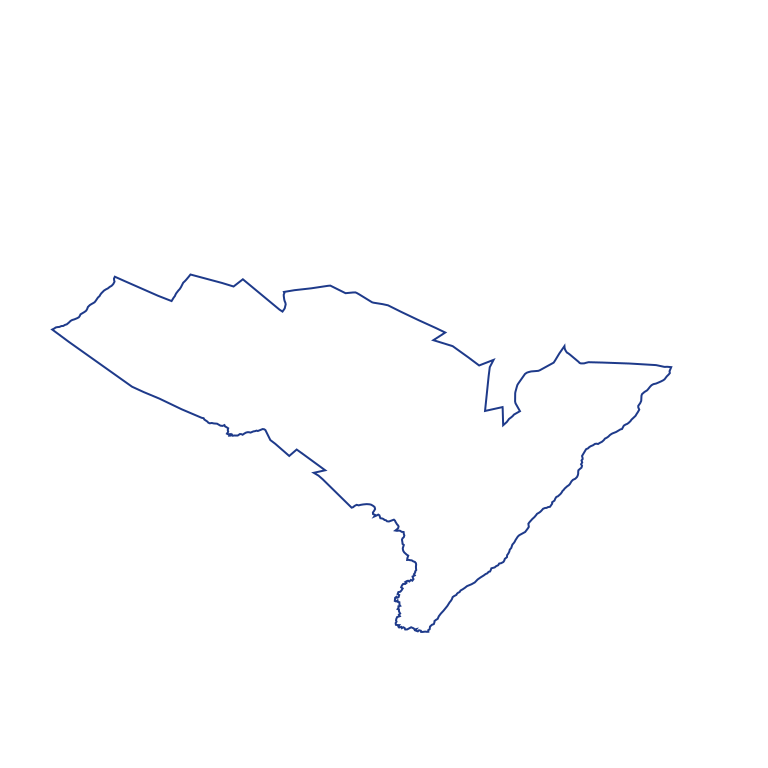 Kiminini, Rift Valley, Kenya, rotated 58°
{"feature_id": "3690345B935775811379", "entity_name": "Kiminini", "entity_type": "district", "adm_level": 2, "iso_a3": "KEN", "parent_name": "Kenya", "parent_adm1": "Rift Valley", "projection": "equal_earth", "projection_center": [35.015, 0.934], "detail": "fine", "context": "isolated", "style": "outline", "palette": "blue", "viewbox_px": 768, "rotation_deg": 58, "n_neighbors": 0, "source": "geoboundaries", "source_scale": "gbopen_adm2", "svg_char_len": 6165}
<svg xmlns="http://www.w3.org/2000/svg" viewBox="0 0 768 768"><g transform="rotate(58 384 384)"><path d="M521.9,131.5L519.6,134.5L518.1,137.1L512.2,143.2L496.7,165.0L481.5,187.5L473.9,199.0L473.1,201.4L472.6,203.2L471.9,204.5L470.7,206.3L469.7,207.0L468.5,207.2L457.7,210.7L455.6,211.5L454.3,212.2L452.4,212.3L450.8,212.2L449.2,211.8L447.5,210.9L451.0,219.1L454.7,226.4L455.8,228.8L454.9,244.7L454.6,246.2L451.3,252.6L450.5,255.1L450.1,256.9L450.2,259.1L454.8,270.0L455.5,271.4L456.8,272.9L460.2,276.6L461.3,277.6L468.3,282.1L470.1,282.7L479.1,283.1L478.8,290.0L479.4,291.9L479.7,294.0L479.9,296.5L481.3,300.0L482.1,304.8L467.6,296.3L466.4,295.7L460.4,312.6L432.8,291.1L425.8,285.4L421.6,278.3L419.1,291.4L418.7,293.5L405.8,298.5L388.3,305.7L373.0,318.9L372.8,304.8L364.1,310.3L348.1,320.9L331.8,331.3L319.4,338.9L315.5,342.9L309.5,349.8L308.4,350.8L294.7,357.6L292.3,358.9L291.2,359.7L290.1,361.5L286.6,368.5L272.1,377.4L271.0,379.6L264.3,395.0L257.0,410.2L252.9,420.1L254.1,420.3L255.0,421.6L256.1,422.3L259.4,423.8L261.0,424.3L262.9,424.6L264.4,425.2L267.3,428.2L268.8,431.7L265.6,433.2L220.4,448.2L221.6,459.9L212.4,467.9L188.6,490.1L189.6,492.9L190.8,496.6L191.3,498.5L191.7,500.6L194.3,504.9L195.3,507.1L195.7,508.7L197.0,512.2L197.8,513.6L198.6,514.7L199.3,516.6L201.1,520.2L189.4,528.9L159.6,549.2L150.4,555.4L151.5,557.1L152.8,557.8L154.4,558.3L155.8,560.7L156.4,563.0L156.3,565.1L156.6,567.5L156.4,569.6L156.4,571.9L157.3,575.7L157.9,577.2L158.7,578.6L159.1,580.8L160.7,584.4L161.3,586.1L161.3,587.9L161.2,589.5L161.2,591.7L161.8,594.3L163.1,596.0L164.0,597.7L164.2,599.8L164.1,604.5L165.0,605.8L165.7,607.4L165.6,609.3L165.1,612.3L164.5,614.5L164.4,616.3L164.9,618.6L165.3,621.4L164.8,623.3L164.8,625.2L163.9,626.9L163.6,629.0L162.6,631.0L162.1,632.5L162.2,634.2L162.0,636.5L181.1,629.0L252.8,599.1L263.6,592.0L277.4,582.2L298.2,569.0L316.1,556.5L317.4,555.1L318.9,555.2L322.3,553.7L323.7,553.5L325.0,552.6L325.8,550.7L327.2,549.3L329.2,546.6L332.6,544.8L334.0,543.1L334.3,541.1L335.6,541.3L337.3,540.4L339.0,539.6L340.2,540.9L341.9,541.4L342.9,543.5L344.1,542.8L344.8,541.4L345.8,542.6L346.6,541.2L346.1,539.8L347.7,539.7L348.4,538.1L349.2,537.0L350.2,535.3L350.1,532.7L351.0,531.5L352.1,530.8L352.0,528.6L352.1,526.7L352.6,525.2L353.4,524.0L354.5,522.9L355.0,519.8L355.6,518.5L356.0,516.8L357.0,515.9L357.9,510.8L358.9,509.6L360.2,509.0L371.3,510.1L377.1,507.9L394.8,502.5L393.3,492.8L400.8,489.7L426.0,479.6L422.1,490.6L427.0,488.1L432.2,486.5L471.7,477.0L472.1,475.4L471.8,473.6L472.0,471.2L473.5,469.8L474.1,467.9L475.1,465.5L476.7,462.3L478.4,460.0L479.5,458.9L480.8,458.2L482.0,457.6L483.5,457.2L485.3,457.8L486.3,459.6L487.1,461.5L488.4,462.2L490.5,460.8L491.2,462.4L491.6,459.8L491.7,458.1L492.9,457.5L495.9,458.2L497.2,456.7L498.4,455.9L499.5,455.7L500.5,454.6L502.0,454.2L503.2,452.7L504.3,447.5L505.7,447.1L507.1,447.3L508.9,447.3L510.1,447.3L511.3,447.0L512.5,447.1L513.7,448.3L514.1,450.0L514.3,452.0L515.4,450.8L516.3,448.9L517.2,448.0L518.7,447.4L519.9,445.8L521.8,446.7L523.2,447.0L524.4,448.4L524.7,450.1L525.6,451.3L528.3,452.4L529.4,453.0L531.0,452.5L533.2,455.1L534.2,455.6L535.7,456.1L537.5,456.1L540.7,455.2L542.4,454.4L544.1,456.5L545.5,457.6L546.2,456.3L547.2,455.3L548.3,453.9L549.7,453.3L551.3,452.1L552.9,451.9L554.3,452.5L555.8,453.7L557.4,454.6L558.9,455.3L559.4,456.8L560.4,457.5L561.2,459.4L562.6,459.3L562.4,461.8L563.7,462.2L565.1,462.4L565.8,464.2L564.4,465.0L564.9,467.2L563.6,467.8L563.2,469.3L563.2,470.8L564.6,470.4L564.8,471.9L563.7,473.7L564.3,475.4L565.5,477.2L567.3,476.5L568.2,478.3L568.8,480.2L568.1,482.1L569.4,483.8L571.0,482.9L572.5,484.6L572.2,486.2L571.1,486.2L571.2,487.8L573.7,489.8L574.8,489.0L574.7,487.2L576.1,487.7L577.2,486.6L579.5,487.9L580.7,487.8L580.2,489.6L581.3,490.1L582.1,491.7L583.1,490.8L584.6,491.7L585.8,491.9L587.2,491.9L587.6,493.7L589.3,493.6L588.6,496.4L589.8,498.1L590.9,499.1L592.2,499.3L592.9,500.8L594.5,501.5L595.6,500.3L596.6,498.8L597.4,500.4L598.5,500.2L599.2,498.0L600.5,498.2L600.5,496.6L601.8,495.8L603.4,496.1L604.4,494.4L604.7,489.9L607.0,488.3L608.4,488.2L609.0,486.4L609.6,488.0L611.7,486.4L611.4,484.8L612.8,483.5L613.9,483.9L614.8,482.5L615.8,480.3L616.7,479.2L617.6,477.7L616.2,476.9L616.2,475.3L614.1,473.5L613.6,471.0L614.0,469.0L612.8,467.5L611.8,466.8L611.6,465.1L611.6,462.9L610.0,460.6L608.8,457.4L607.8,453.7L605.8,447.9L603.9,444.0L603.4,442.4L602.5,440.5L601.1,438.7L601.0,436.9L601.2,434.4L600.5,433.2L600.3,431.7L600.5,430.2L599.7,428.5L599.8,426.0L599.7,423.4L599.4,420.7L600.2,415.9L600.3,413.8L600.4,412.2L599.4,408.2L599.2,404.8L599.2,400.7L599.0,398.6L599.3,396.7L598.7,394.9L599.2,393.4L598.3,392.0L597.2,390.6L598.2,387.3L597.9,385.4L598.2,383.2L597.3,381.5L598.0,379.7L598.2,377.1L597.5,375.6L596.3,374.2L596.0,371.5L594.4,370.3L593.6,368.3L592.5,366.5L591.1,365.1L590.5,363.0L588.2,360.2L587.6,358.1L587.0,356.7L586.0,355.1L584.3,351.4L583.9,349.4L584.3,342.7L582.6,338.3L581.9,336.9L579.0,335.6L578.3,333.9L577.1,329.8L576.6,327.0L575.8,324.5L575.2,323.0L575.3,320.8L575.2,319.1L574.8,317.4L574.1,315.2L574.5,313.1L575.2,311.8L575.3,310.2L576.1,308.3L574.6,304.8L573.4,304.1L573.2,301.2L571.9,299.4L571.1,297.6L571.4,296.1L570.8,292.6L570.1,290.7L569.3,289.3L569.0,287.7L568.4,286.2L568.1,284.4L567.8,282.7L567.8,281.2L567.4,279.5L565.9,276.6L565.4,274.6L565.7,271.9L565.1,269.5L564.1,268.0L562.9,266.8L561.6,266.0L560.2,264.9L559.9,263.4L559.6,260.9L558.3,259.4L556.5,259.4L555.6,257.5L553.5,257.0L552.9,255.3L551.7,254.7L550.0,254.2L546.4,247.2L546.7,244.9L546.3,243.5L546.3,241.6L546.7,239.3L546.6,236.8L547.3,235.3L548.3,234.3L548.3,232.1L548.5,229.8L548.1,227.4L547.4,225.6L547.6,223.7L547.5,221.6L547.0,219.5L546.9,217.3L547.1,215.7L547.4,214.2L547.7,212.5L547.8,207.5L548.3,206.0L546.4,202.7L546.4,200.6L546.7,199.0L546.6,197.2L546.1,194.7L545.4,193.1L544.3,187.6L543.3,185.7L542.4,183.7L541.0,181.1L538.7,180.8L537.3,180.0L536.7,178.6L536.0,176.9L534.6,174.8L530.3,171.8L529.3,170.5L528.8,167.4L528.8,164.2L528.3,162.6L527.3,159.8L526.8,157.8L526.9,155.6L527.8,153.0L528.2,150.5L528.6,147.7L528.8,145.3L528.7,143.6L527.4,140.2L526.8,137.5L526.2,135.8L524.5,135.1L521.9,131.5Z" fill="none" stroke="#1e3a8a" stroke-width="2"/></g></svg>